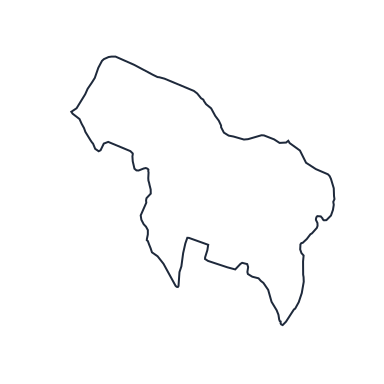 the district of San Vicente Pacaya, Escuintla, Guatemala, rotated 295°
{"feature_id": "79465075B46542077194483", "entity_name": "San Vicente Pacaya", "entity_type": "district", "adm_level": 2, "iso_a3": "GTM", "parent_name": "Guatemala", "parent_adm1": "Escuintla", "projection": "mercator", "projection_center": [-90.654, 14.339], "detail": "fine", "context": "isolated", "style": "outline", "palette": "slate", "viewbox_px": 384, "rotation_deg": 295, "n_neighbors": 0, "source": "geoboundaries", "source_scale": "gbopen_adm2", "svg_char_len": 2225}
<svg xmlns="http://www.w3.org/2000/svg" viewBox="0 0 384 384"><g transform="rotate(295 192 192)"><path d="M213.7,48.7L212.5,50.7L210.6,59.2L207.3,63.0L204.3,67.1L201.4,70.0L196.1,78.0L194.7,80.3L194.0,81.9L190.2,86.0L189.5,90.2L191.2,91.5L198.6,91.6L202.0,94.9L203.0,118.9L201.9,122.0L200.8,122.5L199.2,122.9L194.8,125.3L188.8,130.0L188.1,132.5L188.9,134.5L192.9,138.3L194.2,140.0L194.3,141.8L193.9,143.0L192.5,143.5L191.3,144.4L186.1,146.5L183.9,147.7L182.1,149.3L180.5,150.5L176.8,153.5L173.1,155.3L167.3,153.4L166.5,153.5L164.8,154.0L163.0,155.1L149.1,155.4L145.5,157.8L142.4,161.8L141.1,165.0L138.8,168.1L134.9,169.9L130.3,171.0L129.2,171.4L128.9,172.7L126.3,175.3L123.5,178.3L120.4,181.2L119.2,188.0L114.9,196.5L100.0,216.8L99.6,218.2L99.9,219.3L101.1,219.5L114.1,214.5L120.1,213.8L132.9,209.8L142.6,207.7L148.5,207.1L149.1,208.6L151.0,229.0L145.8,230.5L138.3,231.5L136.8,232.1L136.3,235.6L138.7,255.9L140.1,263.9L147.3,266.3L149.0,267.4L150.0,272.5L147.7,274.6L142.9,276.0L141.3,277.3L140.7,282.4L141.9,288.8L140.5,292.0L139.8,295.1L135.5,302.4L126.1,310.5L120.6,318.7L117.3,322.2L113.3,324.9L112.1,326.1L112.1,327.1L110.4,327.8L109.7,328.8L109.7,330.4L114.2,332.0L128.6,334.0L129.9,334.8L137.3,335.3L146.8,334.2L157.9,331.2L162.0,329.1L164.0,327.7L176.0,322.0L181.6,320.0L182.9,317.0L185.7,314.3L189.2,312.9L190.3,312.4L191.9,312.7L192.7,313.8L197.9,315.9L203.8,317.2L205.2,318.2L212.2,320.3L214.4,320.1L216.9,318.8L219.1,316.1L220.0,315.7L221.7,315.4L223.1,315.8L224.3,319.0L223.2,321.5L222.4,322.2L222.1,323.5L223.3,325.7L229.4,327.9L235.4,327.3L240.3,325.9L242.8,324.2L245.8,324.1L248.4,322.4L255.3,318.9L262.6,312.4L264.6,310.0L265.5,307.7L265.1,294.6L266.7,283.0L275.2,272.3L277.6,259.8L278.6,258.4L279.1,257.6L276.6,256.4L273.5,250.6L274.4,244.2L273.7,233.3L272.8,231.0L263.6,220.5L261.5,216.9L259.8,206.1L258.6,201.4L259.3,195.8L263.0,191.0L264.5,190.3L268.0,186.1L270.8,180.9L275.9,174.0L277.5,167.7L279.4,164.5L280.5,163.2L280.8,160.6L283.5,155.1L284.4,151.0L283.1,119.2L282.2,114.0L281.6,112.2L281.7,106.9L282.8,86.0L282.4,65.4L280.8,62.0L279.1,59.4L275.2,56.0L272.8,55.0L265.0,54.6L254.3,55.7L248.8,55.0L241.5,53.8L235.5,53.9L219.1,52.0L213.7,48.7Z" fill="none" stroke="#1e293b" stroke-width="2"/></g></svg>